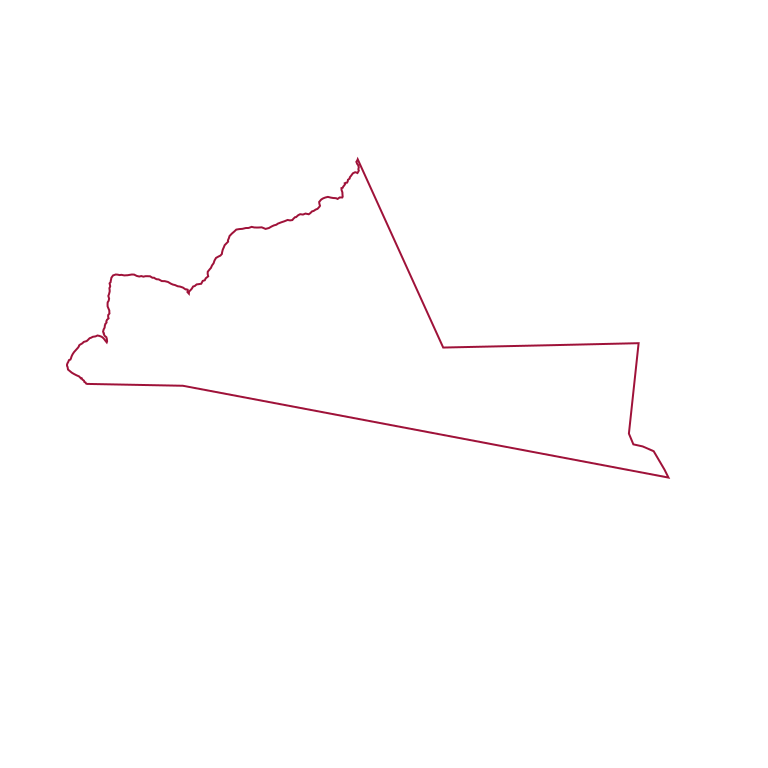 Urdmau, Ngardmau, Palau (Robinson projection), rotated 312°
{"feature_id": "81905179B21109401244182", "entity_name": "Urdmau", "entity_type": "district", "adm_level": 2, "iso_a3": "PLW", "parent_name": "Palau", "parent_adm1": "Ngardmau", "projection": "robinson", "projection_center": [134.588, 7.601], "detail": "fine", "context": "isolated", "style": "outline", "palette": "rose", "viewbox_px": 768, "rotation_deg": 312, "n_neighbors": 0, "source": "geoboundaries", "source_scale": "gbopen_adm2", "svg_char_len": 3166}
<svg xmlns="http://www.w3.org/2000/svg" viewBox="0 0 768 768"><g transform="rotate(312 384 384)"><path d="M533.4,214.1L532.4,214.5L530.6,214.8L529.6,216.9L529.3,218.5L528.1,220.3L526.5,221.2L525.7,222.5L524.6,222.8L523.0,223.1L522.4,221.3L521.8,220.7L519.7,219.9L516.7,220.2L514.7,220.3L513.7,221.0L511.6,220.6L510.2,221.5L508.9,221.8L508.7,221.6L507.9,220.9L506.9,220.5L506.6,221.3L504.9,221.6L503.5,221.6L502.2,222.0L501.1,221.3L499.8,222.6L498.6,224.8L496.8,226.6L495.6,227.9L494.7,228.2L493.4,226.7L492.9,226.2L490.5,225.7L490.0,224.1L489.2,223.0L488.3,221.9L486.9,219.7L485.5,217.1L483.3,215.6L481.1,214.5L479.0,213.9L475.9,214.0L474.7,215.4L473.6,217.2L472.4,217.4L469.7,217.4L467.9,216.5L465.5,215.9L464.1,215.0L461.7,214.9L459.8,214.5L458.1,211.6L455.7,210.4L454.1,208.1L452.1,207.3L449.2,207.0L448.5,206.3L446.3,206.1L444.5,206.2L442.7,204.7L441.4,202.6L438.3,201.1L435.3,199.4L431.9,197.7L430.5,197.5L429.2,196.7L428.1,196.0L425.7,195.0L422.9,194.1L420.0,192.2L419.2,189.9L418.6,188.3L415.6,185.3L413.5,182.8L412.2,180.5L409.4,179.0L407.4,176.9L404.5,174.9L402.3,172.8L399.9,170.9L397.2,170.7L394.0,170.3L390.6,170.2L388.7,171.1L386.3,171.9L385.5,172.9L383.3,172.8L380.5,172.7L378.7,173.4L375.9,174.3L373.3,175.7L372.2,176.5L369.9,176.5L368.0,175.7L365.3,174.8L362.4,175.4L359.6,176.6L357.3,176.8L355.9,177.2L354.5,177.7L353.1,177.7L349.5,177.9L347.8,179.3L346.4,181.3L343.2,180.8L341.2,181.4L339.3,180.3L336.2,181.1L334.6,179.8L332.6,178.1L330.2,177.8L328.7,176.9L326.2,177.4L324.4,177.4L322.2,177.3L320.6,178.5L320.8,176.4L321.7,175.9L322.7,175.0L322.2,173.9L321.5,173.2L321.1,170.0L319.9,167.2L318.6,165.3L317.7,162.5L316.6,160.5L315.9,158.3L315.3,155.2L313.7,152.2L311.8,150.0L311.0,146.6L309.7,144.9L309.3,143.5L309.1,142.0L308.0,140.8L307.5,138.0L304.4,134.5L302.8,133.4L301.8,131.4L300.1,130.2L298.9,128.0L298.1,125.1L296.6,123.3L293.3,120.7L290.9,118.3L289.4,115.8L288.0,114.6L287.1,113.0L285.9,111.4L283.4,110.0L280.6,110.3L279.1,111.2L278.0,111.8L276.7,112.7L275.2,112.7L273.8,114.7L273.2,115.3L271.5,115.8L270.1,117.4L269.1,118.3L266.6,119.6L265.0,120.2L263.5,122.6L261.6,123.7L259.8,124.0L258.4,125.1L256.7,126.7L255.9,128.4L254.8,130.7L253.6,131.8L252.7,132.8L250.7,132.9L249.2,134.2L248.5,135.4L246.4,135.2L244.8,135.7L244.0,136.7L242.2,136.7L241.7,137.1L241.0,137.2L238.9,138.7L237.0,139.1L234.8,140.3L234.3,141.9L233.8,142.0L232.9,144.1L233.0,146.3L232.1,147.8L230.4,149.7L229.4,150.1L229.7,148.1L230.3,145.1L230.2,142.6L229.3,140.3L228.3,138.6L226.4,137.8L224.2,136.0L222.5,135.4L221.0,134.6L218.5,134.5L216.9,134.3L215.5,133.4L214.3,132.7L212.4,132.6L211.4,132.3L209.9,131.8L208.7,131.6L207.7,132.1L206.2,132.3L204.3,132.3L202.1,132.3L200.4,132.3L198.2,132.6L196.9,132.9L195.3,133.4L193.6,134.2L192.3,134.6L190.9,133.9L189.4,134.5L187.6,134.9L186.4,135.4L185.4,136.3L184.9,137.5L183.3,139.5L183.4,142.1L183.5,144.4L184.0,146.9L184.7,149.6L185.6,152.3L185.4,155.2L186.0,155.4L185.5,157.0L185.7,158.8L185.0,160.1L185.4,161.1L185.0,162.3L185.4,163.3L248.1,235.7L504.8,658.0L508.0,649.9L514.5,629.4L510.7,618.0L506.0,609.7L511.0,599.2L584.7,545.9L526.7,484.4L450.7,403.6L533.4,214.1Z" fill="none" stroke="#9f1239" stroke-width="2"/></g></svg>